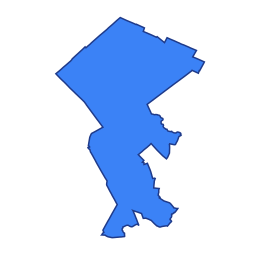 Chau Thanh A, Hau Giang, Vietnam, rotated 92°
{"feature_id": "81297802B94036559538482", "entity_name": "Chau Thanh A", "entity_type": "district", "adm_level": 2, "iso_a3": "VNM", "parent_name": "Vietnam", "parent_adm1": "Hau Giang", "projection": "natural_earth1", "projection_center": [105.675, 9.93], "detail": "fine", "context": "isolated", "style": "filled", "palette": "blue", "viewbox_px": 256, "rotation_deg": 92, "n_neighbors": 0, "source": "geoboundaries", "source_scale": "gbopen_adm2", "svg_char_len": 5709}
<svg xmlns="http://www.w3.org/2000/svg" viewBox="0 0 256 256"><g transform="rotate(92 128 128)"><path d="M206.7,75.4L206.7,75.7L206.7,76.5L206.7,77.0L206.5,77.6L206.4,78.3L206.3,78.8L206.1,79.6L205.8,79.7L205.6,79.7L205.2,80.1L204.3,80.9L202.7,82.3L201.9,83.1L201.4,83.8L201.3,84.0L200.8,85.6L200.6,86.3L199.9,88.7L199.5,89.8L199.4,90.1L199.1,90.4L198.8,90.9L197.3,93.4L196.8,94.2L196.4,93.6L196.2,93.5L195.7,94.0L194.4,95.2L194.3,95.4L193.0,95.4L192.3,95.3L191.7,95.1L190.9,95.0L190.0,95.1L189.3,95.1L188.5,95.0L187.4,94.7L187.3,96.3L187.1,99.1L187.0,100.2L184.3,100.1L181.4,99.9L180.4,99.9L178.5,99.4L177.6,99.0L177.2,99.5L177.6,101.6L171.0,103.7L169.7,104.2L169.4,104.3L167.0,105.4L162.6,107.4L163.9,110.7L162.0,110.9L161.7,112.4L159.8,111.0L159.2,111.7L154.3,116.8L153.1,115.4L152.2,114.5L151.6,113.7L151.3,113.4L149.3,111.4L146.4,108.0L145.1,106.7L144.3,105.7L143.7,105.3L143.0,104.8L142.7,104.4L146.2,101.0L149.0,98.3L154.6,92.3L157.5,88.5L157.2,88.3L156.3,87.6L155.2,87.1L153.7,86.5L152.4,86.0L152.0,85.8L151.5,85.7L150.9,85.7L150.5,85.7L149.8,85.7L146.3,85.7L143.8,85.9L143.5,85.9L143.2,86.1L142.3,85.8L143.1,81.2L143.0,80.4L142.8,80.0L141.4,79.4L139.1,78.2L137.0,77.5L135.2,77.0L134.7,76.7L134.2,75.9L133.8,75.1L133.5,74.8L133.2,74.6L132.6,75.3L132.4,75.4L132.1,75.4L131.9,75.4L131.5,75.1L130.8,76.0L130.7,76.4L130.5,77.1L130.4,77.5L130.3,77.9L130.3,78.4L130.5,79.0L130.8,79.3L131.3,79.9L131.3,80.2L131.3,81.3L131.2,81.9L130.9,82.7L130.6,83.3L130.4,83.8L129.8,84.2L129.8,84.5L129.9,84.8L130.1,85.1L130.1,85.5L129.7,87.7L129.5,88.1L129.2,88.4L128.5,88.7L128.3,88.9L127.9,89.0L127.8,89.3L127.9,89.7L127.9,90.1L127.8,90.3L127.3,90.8L126.9,91.5L126.3,92.3L125.9,92.6L125.4,92.9L125.0,92.9L124.3,92.7L124.0,92.6L123.6,92.8L123.2,93.0L123.0,93.4L123.0,94.0L122.8,94.7L122.5,94.9L122.0,95.1L120.6,95.1L120.1,95.1L119.8,94.8L119.4,94.4L118.9,93.6L118.6,93.4L118.0,93.3L117.6,93.4L117.2,93.7L116.9,94.5L116.7,95.1L116.4,95.6L116.0,95.9L115.7,96.0L115.2,96.1L114.2,97.2L114.1,97.5L114.0,98.5L113.6,99.5L113.6,100.2L113.6,101.0L113.8,102.1L113.7,102.5L113.5,103.1L113.3,103.6L113.2,104.6L113.1,104.9L112.9,105.2L111.3,105.9L107.0,108.1L103.7,109.7L83.6,84.9L74.3,73.2L68.8,66.5L68.1,66.0L68.3,65.6L70.8,59.6L68.2,58.8L68.3,58.4L67.7,58.1L60.5,54.5L59.3,54.0L57.1,59.4L56.0,62.2L54.7,65.8L48.1,62.3L45.6,68.9L45.2,69.7L43.0,75.3L42.5,77.0L41.9,78.5L41.4,79.5L40.6,81.6L39.3,84.7L37.8,88.7L36.4,92.1L41.4,94.5L35.7,102.1L36.3,102.8L35.8,104.0L34.3,107.5L31.0,116.1L27.4,115.1L24.0,123.3L24.3,123.6L23.4,125.7L22.1,129.1L20.6,133.1L17.9,139.6L21.1,143.1L25.0,147.1L28.4,150.8L30.2,152.5L36.6,159.6L42.4,165.7L44.3,167.7L45.3,168.6L45.7,169.0L47.6,171.1L49.3,172.8L49.3,173.0L48.4,173.7L51.1,176.3L57.5,182.8L58.3,183.6L60.1,185.4L60.9,186.2L61.6,186.5L62.6,187.3L63.5,188.1L63.8,188.5L67.1,192.0L68.7,193.8L69.7,194.9L71.3,196.5L73.3,198.6L73.7,199.1L76.3,202.0L77.4,200.9L80.9,197.3L81.8,196.3L85.8,191.8L86.9,190.7L90.3,187.2L93.4,183.7L95.6,181.3L96.8,179.9L98.7,177.8L101.1,175.1L103.4,172.6L105.8,170.7L106.2,170.5L112.4,165.6L113.8,164.5L115.8,162.9L117.2,161.8L119.1,160.3L120.5,159.2L122.4,157.6L128.1,153.1L133.1,161.4L134.7,164.2L135.3,164.6L136.8,165.2L138.4,165.8L138.7,165.9L146.3,166.9L147.2,167.0L147.3,166.7L147.4,166.4L147.6,166.1L148.0,165.9L148.3,165.7L148.5,166.0L148.7,166.5L148.9,167.0L149.0,167.3L149.8,166.9L150.1,166.5L150.4,166.2L150.6,165.8L150.8,165.4L151.6,165.2L153.4,164.6L154.2,164.0L157.3,162.1L158.5,161.4L161.3,159.7L162.6,159.0L165.3,157.4L170.5,154.2L171.0,153.9L175.0,151.4L178.8,149.0L181.5,147.1L181.9,147.1L182.8,147.2L184.7,147.4L185.1,147.4L185.6,147.3L186.2,147.1L187.3,146.4L190.2,144.8L191.6,144.0L194.9,142.0L195.9,141.5L199.8,139.1L203.8,136.8L204.9,136.1L209.5,138.5L212.0,139.8L212.6,140.1L213.5,140.6L216.3,142.0L219.9,143.8L221.3,144.6L226.6,147.3L231.0,149.5L233.2,148.5L233.6,149.1L234.2,149.7L235.3,150.3L235.7,150.4L235.8,150.5L235.9,147.5L235.9,147.1L236.7,145.9L237.0,145.2L237.4,144.2L237.6,143.2L237.8,141.8L238.0,141.1L238.1,140.0L238.1,139.5L237.2,132.1L237.1,130.8L236.8,129.1L236.7,128.0L236.5,127.6L236.3,127.6L235.9,127.7L235.3,127.6L234.6,127.8L233.9,127.7L233.7,127.8L233.5,128.0L233.2,127.9L232.5,128.9L231.5,129.6L231.1,129.7L230.8,129.7L230.6,129.9L230.4,130.2L230.1,130.3L229.8,130.3L229.3,130.3L229.0,130.3L228.7,130.2L228.3,129.9L228.0,129.6L227.7,129.6L227.2,129.7L226.1,127.5L225.7,126.9L225.5,126.4L225.3,125.7L225.2,125.1L225.3,124.2L226.0,123.1L226.2,122.6L226.5,121.8L226.6,121.1L226.6,120.6L226.4,120.1L226.2,119.7L225.7,119.1L225.2,118.2L224.5,117.2L224.2,116.6L224.0,115.9L223.9,115.5L224.0,115.1L224.2,114.7L224.5,114.4L224.9,113.9L225.1,113.7L224.4,114.0L223.5,114.4L220.7,115.6L218.7,116.4L217.9,116.8L215.1,118.0L212.3,119.3L211.0,119.8L210.6,120.0L210.3,120.2L210.7,118.9L211.3,117.0L211.8,115.2L212.1,114.3L213.0,111.5L217.8,109.6L217.5,107.0L218.6,103.8L218.9,103.2L219.5,101.8L219.5,101.6L222.5,98.5L223.8,97.0L224.3,96.4L224.8,95.9L224.8,95.5L225.0,95.1L225.4,94.2L225.6,93.7L225.8,93.3L225.8,92.8L225.8,92.2L225.7,91.7L225.4,91.2L225.3,90.8L224.8,88.3L224.6,87.2L224.4,86.1L224.5,85.7L224.7,85.2L223.7,84.4L221.3,82.6L221.0,82.2L220.8,82.0L220.3,81.6L219.9,81.3L219.7,81.2L219.5,81.3L219.3,81.5L219.0,81.8L218.6,82.0L218.2,82.7L218.0,82.8L217.8,82.8L217.6,82.8L217.4,82.6L217.0,82.5L216.8,82.4L216.5,82.2L216.3,82.0L216.1,81.8L215.7,81.6L215.3,81.4L215.0,81.3L214.3,81.4L214.0,81.4L213.7,81.2L213.4,81.2L212.9,81.5L212.7,81.5L212.5,81.4L212.4,81.1L212.3,80.5L212.2,80.2L211.8,79.8L211.4,79.6L211.3,79.4L211.3,79.1L211.1,78.9L211.0,78.7L210.7,78.7L210.6,78.4L210.6,78.1L210.1,77.8L209.7,77.4L209.4,77.2L209.0,76.9L208.6,76.7L208.1,76.3L207.4,75.8L206.7,75.4Z" fill="#3b82f6" stroke="#1e3a8a" stroke-width="1.5"/></g></svg>